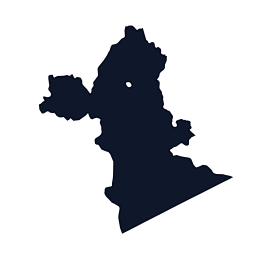 an SVG outline of Koulikoro, rotated 153°
{"feature_id": "MLI-4860", "entity_name": "Koulikoro", "entity_type": "Region", "adm_level": 1, "iso_a3": "MLI", "parent_name": "Mali", "parent_adm1": "", "projection": "orthographic", "projection_center": [-7.926, 13.476], "detail": "fine", "context": "isolated", "style": "filled", "palette": "ink", "viewbox_px": 256, "rotation_deg": 153, "n_neighbors": 0, "source": "natural_earth", "source_scale": "10m", "svg_char_len": 4453}
<svg xmlns="http://www.w3.org/2000/svg" viewBox="0 0 256 256"><g transform="rotate(153 128 128)"><path d="M64.8,185.9L64.5,185.4L64.3,185.0L63.9,184.2L63.7,183.8L63.8,182.6L64.3,181.7L64.9,180.8L65.3,179.8L65.2,178.8L64.7,177.8L63.9,176.9L62.4,176.1L62.6,175.9L63.2,175.3L61.7,174.2L63.6,170.8L65.3,169.5L67.0,168.0L68.5,165.2L70.1,164.3L72.1,164.0L74.2,163.4L75.9,162.3L77.0,160.7L77.7,160.1L81.4,158.1L80.8,157.1L80.2,156.5L79.8,155.8L79.8,154.6L80.2,153.6L82.2,150.4L82.6,149.2L82.6,148.1L82.2,145.7L82.2,145.0L82.4,144.5L82.7,144.0L82.9,143.5L83.0,140.6L83.3,139.7L83.6,139.2L84.3,138.3L84.5,137.8L84.7,137.3L84.8,136.3L85.7,133.6L86.0,133.0L86.3,132.5L86.6,132.3L86.9,132.2L87.4,131.9L87.8,131.3L88.0,130.4L87.8,129.5L87.6,128.7L87.1,127.9L85.9,126.6L85.4,125.4L85.1,124.9L84.6,124.5L84.2,124.2L84.0,123.9L83.9,123.4L83.3,118.7L83.5,117.8L84.0,117.2L85.1,116.0L85.5,115.5L86.2,114.0L86.7,113.5L87.2,113.0L87.6,112.5L87.7,111.7L87.7,111.1L87.9,110.1L87.8,109.5L87.3,108.0L86.4,107.1L85.3,106.7L83.8,106.7L82.9,107.0L82.6,107.4L82.4,108.5L81.7,109.9L81.7,110.5L82.3,110.7L81.7,111.7L80.6,111.8L76.9,111.2L76.0,110.5L74.8,108.2L74.4,108.7L74.0,108.8L73.7,108.5L73.5,107.9L73.2,107.5L72.9,107.4L72.5,107.3L72.0,107.1L70.7,105.9L70.4,105.5L70.3,105.0L70.4,104.7L70.7,104.6L70.9,104.3L71.2,103.4L71.3,103.0L71.7,102.6L71.9,101.9L71.7,100.3L71.9,99.7L72.8,99.4L73.7,99.6L74.3,99.6L74.6,98.3L74.5,97.3L74.3,96.4L72.3,91.5L76.1,91.6L77.5,90.9L79.3,90.4L80.7,88.3L81.7,86.2L82.7,86.0L83.6,86.4L84.6,87.4L85.9,89.9L87.0,91.0L88.3,91.1L90.3,90.7L93.4,90.3L95.7,90.8L97.7,90.5L100.5,90.2L101.8,89.3L101.7,88.5L100.6,85.0L100.9,84.0L101.1,82.6L100.5,81.9L97.3,81.2L94.5,78.4L91.9,76.4L87.5,73.2L86.5,71.6L86.7,69.0L87.0,65.2L86.2,62.2L85.6,61.2L82.8,60.7L78.2,60.4L75.4,58.4L73.4,53.1L73.1,49.6L72.7,48.5L70.8,46.4L64.7,43.0L63.5,41.8L61.1,39.9L59.0,38.2L58.2,37.2L63.5,37.2L64.2,37.2L68.1,37.3L71.1,37.3L74.3,37.3L77.8,37.3L81.4,37.3L87.2,37.3L93.4,37.3L100.0,37.4L106.8,37.4L113.9,37.4L121.2,37.4L128.5,37.4L135.9,37.3L143.4,37.3L150.7,37.3L158.0,37.3L165.0,37.2L171.9,37.2L178.4,37.2L180.4,37.2L179.7,42.5L176.8,51.9L175.5,54.2L171.5,59.5L170.8,62.0L173.4,66.3L175.6,69.3L177.1,74.6L178.0,77.3L178.0,80.3L176.9,81.8L176.0,83.5L174.7,84.3L169.3,82.8L167.8,83.3L166.9,85.4L163.6,89.9L162.0,92.5L155.6,104.5L155.0,112.7L155.6,115.7L158.2,118.3L160.7,121.3L161.1,125.8L161.6,127.1L163.2,128.2L163.7,129.1L162.5,132.2L161.2,132.9L157.1,133.2L154.5,134.0L152.6,135.9L151.8,138.5L150.4,141.3L150.4,142.9L149.9,145.5L148.3,147.1L147.8,148.7L148.4,149.4L150.5,151.9L153.3,152.6L155.4,152.6L156.4,153.5L156.5,156.1L156.0,158.9L156.6,160.0L157.9,160.0L159.8,159.1L164.7,158.4L167.8,157.9L169.8,158.7L172.8,159.8L173.9,163.1L174.7,163.7L176.7,162.9L178.2,162.8L178.8,164.7L179.8,167.6L181.7,168.2L183.9,169.3L185.4,171.6L185.5,173.4L186.1,175.0L186.1,176.2L187.7,175.9L190.0,177.7L190.9,179.6L192.3,180.3L196.3,180.0L197.5,180.6L197.8,184.6L196.2,188.6L194.6,188.5L191.6,189.4L190.3,189.3L189.1,190.0L189.2,192.0L189.3,193.1L188.8,193.6L186.6,191.6L184.4,190.7L182.2,190.9L180.2,193.0L180.3,195.1L180.8,198.5L178.1,201.2L177.6,203.0L176.6,205.8L176.0,207.6L174.9,209.8L173.7,210.0L171.7,209.1L172.0,206.5L171.2,205.7L167.4,205.6L161.7,203.0L158.5,202.2L157.2,200.5L156.1,200.1L153.9,200.6L153.8,196.4L152.9,195.4L150.9,195.9L149.6,195.3L148.1,193.8L148.0,191.4L149.4,188.2L149.3,186.6L147.7,181.1L146.9,176.2L146.4,174.9L144.0,175.8L142.2,178.8L140.3,180.0L138.8,180.7L138.2,183.0L137.5,184.2L135.9,184.9L131.5,187.1L130.4,187.8L129.3,190.1L127.6,194.2L126.2,195.3L123.3,196.6L118.6,198.7L113.6,201.5L110.3,204.0L109.2,204.4L106.0,207.6L104.4,208.6L100.7,207.6L98.5,207.7L92.9,209.8L90.1,209.7L88.6,210.5L86.1,216.2L84.4,218.3L83.8,218.8L83.6,217.9L83.3,217.3L82.2,218.2L81.0,218.1L78.6,217.0L78.1,216.4L77.6,215.5L77.3,214.6L77.1,213.8L76.2,210.6L75.6,210.1L75.0,210.3L74.2,210.6L73.3,210.7L72.5,210.5L71.8,210.0L71.1,209.7L70.3,209.7L72.5,198.3L72.5,197.7L72.2,197.3L71.9,196.9L71.7,196.4L71.7,195.4L71.7,194.6L71.5,193.8L70.7,193.1L69.8,192.9L68.8,193.1L67.8,193.0L67.0,192.3L66.8,191.5L67.0,190.5L67.7,188.7L67.7,187.7L67.4,186.7L66.8,185.9L66.2,185.6L65.3,185.9L64.8,185.9ZM108.5,170.0L110.0,169.6L110.5,168.6L110.6,167.3L110.5,165.9L110.3,164.7L109.6,163.7L108.7,163.1L107.5,162.8L106.3,162.9L105.3,163.4L104.7,164.3L104.5,165.6L104.7,167.3L105.2,168.4L105.9,168.8L106.3,169.4L107.1,169.7L108.5,170.0Z" fill="#0f172a" stroke="#020617" stroke-width="1.5"/></g></svg>